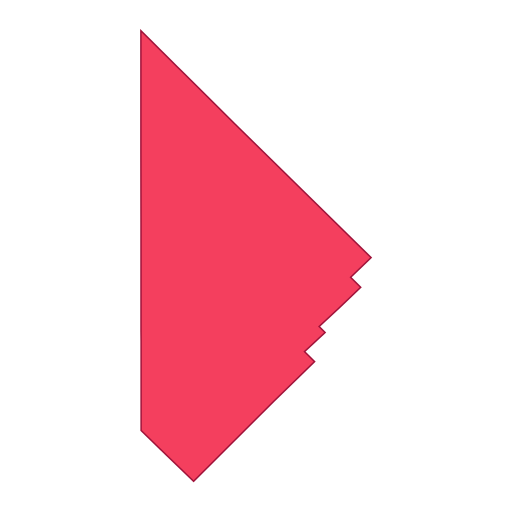 Pellegrini, Buenos Aires, Argentina (Robinson projection)
{"feature_id": "61730980B41851340526887", "entity_name": "Pellegrini", "entity_type": "district", "adm_level": 2, "iso_a3": "ARG", "parent_name": "Argentina", "parent_adm1": "Buenos Aires", "projection": "robinson", "projection_center": [-63.262, -36.246], "detail": "fine", "context": "isolated", "style": "filled", "palette": "rose", "viewbox_px": 512, "rotation_deg": 0, "n_neighbors": 0, "source": "geoboundaries", "source_scale": "gbopen_adm2", "svg_char_len": 554}
<svg xmlns="http://www.w3.org/2000/svg" viewBox="0 0 512 512"><path d="M273.7,401.4L314.6,361.6L304.5,351.6L325.1,332.5L319.1,326.5L339.8,307.3L360.7,287.3L350.6,277.3L371.1,257.6L234.3,123.4L200.2,89.5L179.8,69.3L176.9,66.5L169.8,59.4L159.1,48.8L153.1,42.8L140.9,30.7L140.9,44.0L140.9,48.9L140.9,70.6L140.9,150.3L141.0,224.7L141.0,303.3L141.0,324.7L141.0,329.8L141.0,330.9L141.1,341.0L141.1,343.1L141.1,346.3L141.1,430.5L160.8,449.7L161.5,450.3L165.9,454.6L184.9,472.9L193.6,481.3L273.7,401.4Z" fill="#f43f5e" stroke="#9f1239" stroke-width="1.5"/></svg>